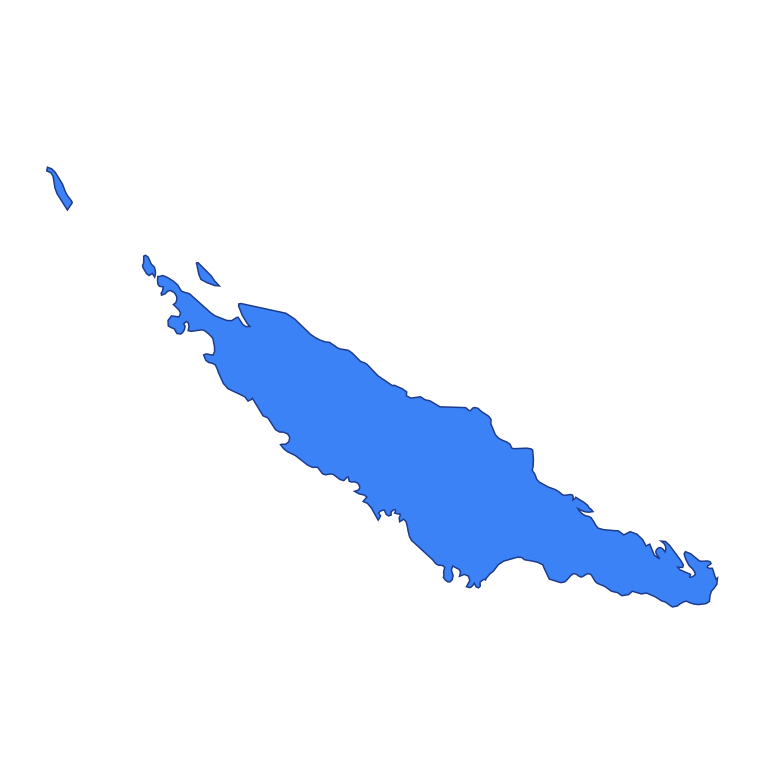 map outline of Nord (Natural Earth projection), rotated 349°
{"feature_id": "NCL-559", "entity_name": "Nord", "entity_type": "Province", "adm_level": 1, "iso_a3": "NCL", "parent_name": "New Caledonia", "parent_adm1": "", "projection": "natural_earth1", "projection_center": [164.928, -20.615], "detail": "fine", "context": "isolated", "style": "filled", "palette": "blue", "viewbox_px": 768, "rotation_deg": 349, "n_neighbors": 0, "source": "natural_earth", "source_scale": "10m", "svg_char_len": 5387}
<svg xmlns="http://www.w3.org/2000/svg" viewBox="0 0 768 768"><g transform="rotate(349 384 384)"><path d="M446.3,595.7L445.7,595.1L444.1,595.1L442.0,596.0L440.5,596.9L439.9,600.8L437.9,602.1L435.7,600.7L434.6,596.8L432.9,598.5L431.0,599.9L429.0,600.2L426.3,598.7L430.7,593.3L430.2,588.7L426.5,586.2L421.4,587.2L423.3,583.1L422.3,580.3L416.7,575.8L414.6,579.6L415.3,585.4L413.5,589.2L410.9,590.9L408.7,590.2L406.8,588.2L405.4,585.2L406.4,583.0L406.5,580.6L407.3,578.1L408.7,575.8L406.9,573.4L405.2,572.8L403.4,572.5L401.4,571.1L400.0,569.3L398.4,566.1L381.1,542.6L379.9,538.8L379.6,532.8L379.7,528.4L379.4,523.4L377.6,520.5L373.1,522.2L373.3,518.6L373.7,517.7L374.8,516.5L374.8,514.4L373.2,514.4L372.1,513.9L369.8,512.7L371.2,510.6L370.9,509.4L369.3,509.4L366.6,510.8L366.0,514.0L363.4,514.4L361.2,512.3L360.3,507.9L358.8,507.7L355.9,508.2L354.0,509.8L355.5,512.7L354.0,514.7L352.3,516.5L348.0,503.4L345.0,498.0L341.1,495.3L345.6,491.7L343.5,489.3L338.6,487.1L334.6,483.7L338.3,483.3L340.3,481.6L340.5,479.0L339.3,476.3L336.4,474.4L333.3,474.0L331.3,472.8L331.2,468.5L329.8,468.5L326.1,471.2L322.4,469.2L316.8,462.9L314.3,462.1L309.5,462.0L307.0,460.8L306.0,459.4L303.0,453.2L297.8,452.1L293.6,449.1L283.3,437.3L276.3,432.0L273.1,428.3L270.8,423.8L272.3,423.6L275.8,424.3L279.5,422.7L281.3,418.3L279.9,414.7L276.4,412.2L272.3,411.2L268.8,408.2L263.6,395.2L259.2,392.2L252.1,372.9L250.8,373.9L249.7,374.2L248.6,374.4L247.3,374.8L244.9,369.9L230.0,358.9L226.4,352.8L223.7,341.4L223.2,337.5L222.0,332.9L219.2,330.8L216.0,329.4L213.6,326.8L212.5,321.1L215.2,320.5L221.5,323.0L223.8,320.1L224.7,315.3L224.7,306.8L223.8,304.8L221.3,301.2L218.4,297.7L215.7,296.1L204.7,295.5L201.9,294.2L203.5,290.5L203.6,286.9L202.1,285.0L198.8,286.6L199.8,289.4L198.5,292.5L196.2,295.1L194.0,296.1L190.5,295.0L189.4,292.5L188.8,289.9L186.8,288.7L183.3,285.9L184.1,280.4L188.4,276.6L195.6,279.0L197.8,275.7L196.9,272.3L192.4,265.8L195.1,264.5L196.8,261.7L197.1,258.2L195.6,254.4L192.0,251.3L189.2,251.8L186.3,253.7L182.6,254.4L182.6,252.2L183.8,251.1L184.5,249.9L185.8,246.6L182.3,245.3L181.1,242.7L181.4,239.2L182.5,235.3L184.4,235.6L187.6,235.3L192.0,238.3L196.6,242.6L200.3,247.3L202.7,253.9L204.9,255.5L210.2,258.2L227.6,281.2L231.1,284.8L242.1,291.8L246.8,292.7L252.0,290.6L253.5,290.6L256.6,298.3L259.1,301.2L263.3,301.9L261.2,298.4L257.8,288.9L256.2,279.9L256.7,277.7L258.9,277.7L301.3,295.9L308.8,303.3L321.4,321.3L324.8,324.8L329.5,328.6L334.4,331.5L338.5,332.7L345.8,340.2L348.2,341.4L355.4,344.1L358.8,347.7L365.4,357.5L369.1,359.6L371.1,361.5L379.6,374.8L391.8,387.1L394.1,387.3L401.2,392.3L404.8,396.2L403.7,399.8L407.8,403.0L417.4,403.5L421.4,407.4L425.8,409.2L434.6,417.1L459.4,422.7L460.1,423.3L462.0,425.8L463.4,426.7L464.2,426.3L465.4,425.4L466.8,424.5L468.4,424.4L471.3,425.6L472.3,426.6L473.1,428.0L474.9,430.1L480.5,435.5L482.3,439.2L481.3,443.5L483.6,455.0L486.1,459.0L489.6,461.9L493.3,464.2L496.1,467.0L497.3,471.4L499.3,472.3L511.8,474.2L516.0,475.7L517.3,477.2L516.3,486.5L514.8,492.8L514.2,494.5L513.1,496.5L513.5,498.3L514.4,500.2L515.0,502.1L515.8,506.9L517.7,509.9L525.5,516.4L532.1,520.4L535.2,523.2L538.2,526.9L540.0,527.7L546.1,528.1L547.8,529.0L548.2,530.9L547.3,533.9L548.7,533.2L549.3,533.1L549.7,532.8L550.6,531.8L557.8,538.4L560.9,542.2L561.8,545.1L563.0,546.0L563.6,546.8L564.8,549.1L560.9,549.0L557.2,547.9L553.9,546.0L550.6,543.4L551.6,546.0L553.8,549.2L556.6,551.8L559.4,552.9L561.8,554.7L563.5,558.8L565.0,563.3L566.6,566.3L572.0,569.0L586.2,573.0L590.6,577.9L597.4,575.9L603.7,579.7L608.4,586.5L610.2,593.0L614.3,591.9L616.7,603.7L621.3,608.4L618.9,602.8L618.7,600.8L619.8,598.7L621.9,597.3L624.2,597.3L626.2,599.1L627.8,602.5L629.1,600.0L629.4,597.0L628.4,593.9L626.0,591.1L630.2,592.3L633.6,597.0L641.7,614.0L643.3,618.7L642.2,621.1L637.3,619.9L639.0,622.8L648.6,629.4L647.2,632.0L649.1,632.2L651.9,631.3L653.4,630.3L652.8,626.8L651.5,624.1L649.9,622.0L648.6,619.9L646.7,613.2L646.2,608.0L647.9,606.1L652.7,609.2L659.9,617.9L662.3,618.7L668.1,619.5L670.3,620.8L670.8,622.7L669.1,623.6L667.1,624.2L666.4,625.4L667.4,626.6L669.0,627.2L671.1,627.5L671.6,630.4L672.1,635.6L672.7,638.9L674.4,638.0L672.5,644.1L668.9,647.6L665.9,649.8L663.7,653.8L661.9,659.6L658.3,661.0L650.5,660.5L646.2,659.1L642.6,657.2L639.4,654.8L636.8,655.0L632.8,656.2L629.6,657.9L624.6,657.9L622.2,655.5L618.6,651.7L615.0,649.8L612.6,647.4L609.2,644.3L601.8,639.3L596.4,639.1L588.2,634.8L584.0,637.4L577.1,637.2L573.5,633.4L567.7,630.8L562.8,625.5L561.2,624.2L555.4,620.4L554.1,618.8L553.3,617.2L551.2,611.3L550.4,610.2L548.8,609.4L546.8,609.2L542.1,611.0L540.3,611.0L538.5,609.6L537.1,608.1L535.5,606.8L533.7,606.4L530.9,607.6L525.4,611.8L523.8,612.7L521.2,612.8L519.3,612.6L509.0,607.0L505.9,594.7L505.4,591.8L500.8,588.3L496.0,586.2L488.4,583.3L486.0,580.5L481.6,579.5L467.8,580.7L461.8,583.1L455.7,588.6L451.9,590.5L447.5,594.0L446.3,595.7ZM109.5,139.4L112.1,144.4L112.6,146.5L106.4,152.8L99.4,134.9L98.4,128.8L98.8,117.3L97.5,113.2L93.6,110.5L95.0,107.0L98.8,109.3L101.6,113.3L106.5,126.4L108.1,135.4L109.5,139.4ZM237.4,250.5L241.1,256.3L236.5,255.0L229.8,250.9L224.3,246.5L223.2,241.4L223.0,229.4L224.6,229.4L235.1,245.0L237.4,250.5ZM180.9,225.4L181.1,228.2L181.0,230.7L180.4,233.1L179.3,235.3L177.7,231.3L174.1,232.7L172.0,230.5L169.6,223.7L169.6,221.6L171.2,219.3L172.5,212.7L174.4,212.1L176.6,214.3L178.5,222.0L180.9,225.4Z" fill="#3b82f6" stroke="#1e3a8a" stroke-width="1.5"/></g></svg>